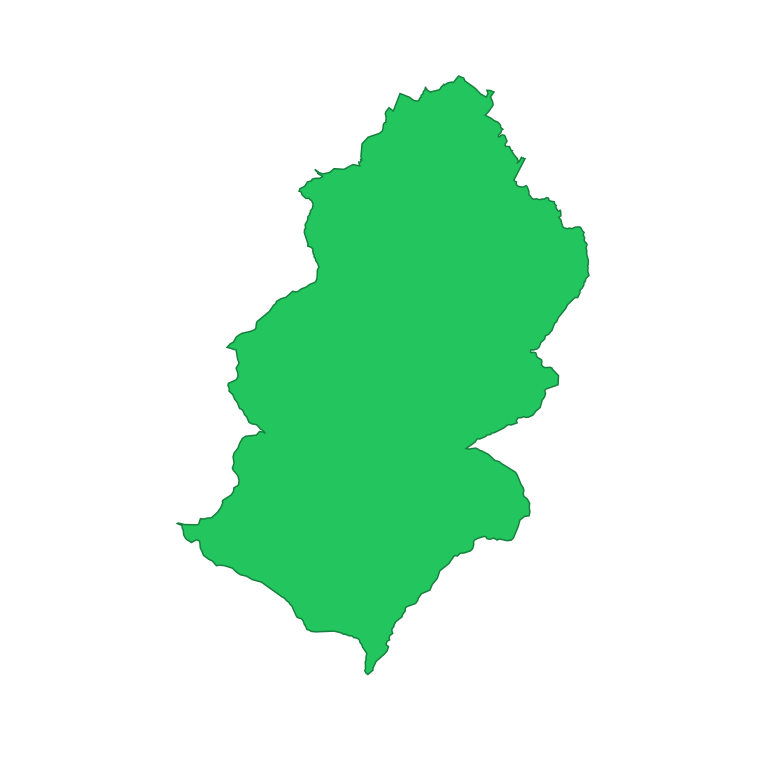 Margau, Cluj, Romania (Mercator projection), rotated 329°
{"feature_id": "2599482B38799369919058", "entity_name": "Margau", "entity_type": "district", "adm_level": 2, "iso_a3": "ROU", "parent_name": "Romania", "parent_adm1": "Cluj", "projection": "mercator", "projection_center": [22.901, 46.714], "detail": "fine", "context": "isolated", "style": "filled", "palette": "green", "viewbox_px": 768, "rotation_deg": 329, "n_neighbors": 0, "source": "geoboundaries", "source_scale": "gbopen_adm2", "svg_char_len": 6171}
<svg xmlns="http://www.w3.org/2000/svg" viewBox="0 0 768 768"><g transform="rotate(329 384 384)"><path d="M532.8,474.3L537.9,466.7L535.9,457.9L536.2,457.0L535.2,455.4L530.3,452.8L529.2,451.0L528.8,448.8L531.1,445.7L531.5,444.4L529.0,439.8L530.1,435.4L528.2,433.6L526.1,432.9L526.1,431.9L527.6,430.3L529.5,431.8L533.4,432.8L536.1,432.2L539.7,429.3L544.9,428.2L547.2,425.8L550.5,426.2L555.6,424.5L561.7,419.8L564.0,419.6L567.3,417.0L578.3,413.0L582.1,410.6L591.4,408.5L592.9,408.5L594.5,409.7L598.6,407.0L600.5,404.5L603.2,403.9L606.0,402.3L608.1,399.7L609.1,399.9L611.4,397.5L615.6,396.6L616.7,392.5L619.2,388.7L619.3,387.5L620.7,386.7L622.7,383.5L624.6,377.1L626.6,373.9L627.2,371.5L629.9,369.0L630.0,366.9L629.3,365.8L629.4,365.0L629.9,363.5L631.3,362.0L631.4,359.6L632.3,358.0L633.6,357.2L633.0,354.9L633.2,351.5L632.6,350.1L628.9,348.1L625.0,347.6L623.1,345.7L621.6,345.7L618.4,342.5L618.5,339.8L620.1,334.6L619.7,331.1L622.2,331.0L624.5,326.8L624.4,325.7L622.7,326.1L622.1,325.4L622.3,320.8L623.6,319.6L622.9,317.3L623.9,315.6L620.6,312.6L620.1,311.6L620.7,309.3L619.1,307.9L616.4,308.1L615.4,307.1L612.4,306.2L610.1,303.8L607.4,302.7L606.4,301.1L606.2,297.8L605.7,296.7L607.6,292.9L608.3,288.4L608.0,287.2L604.5,286.9L601.2,284.1L600.3,282.4L600.3,280.7L601.6,279.0L600.7,278.0L600.4,276.1L620.9,263.5L620.1,263.0L619.8,261.9L618.7,261.5L618.5,260.5L614.7,262.9L612.6,263.0L614.1,261.6L614.0,259.7L614.4,259.6L613.6,255.0L613.4,250.1L614.1,250.0L613.3,249.0L613.9,245.2L610.9,243.1L610.6,242.2L611.5,240.7L614.5,239.3L615.4,233.7L615.1,232.5L613.6,231.4L611.8,231.1L610.1,231.7L609.3,230.8L610.6,229.4L613.4,229.0L615.7,226.8L617.1,226.8L616.2,224.2L617.2,222.0L616.6,218.5L613.9,214.7L612.9,211.9L609.2,205.7L614.2,204.4L621.3,201.0L622.5,198.0L623.2,192.7L628.7,190.4L626.3,187.2L623.5,185.2L622.7,188.7L619.4,190.7L616.3,185.4L614.4,177.3L609.5,166.0L609.9,162.8L606.5,158.4L598.6,161.3L597.5,160.0L593.7,158.8L589.8,158.8L589.7,158.0L585.7,159.0L583.5,160.3L581.6,159.9L575.3,157.9L574.5,158.2L572.4,154.5L572.6,153.2L572.1,152.2L572.7,150.6L570.4,153.1L568.6,153.5L566.5,155.5L564.6,155.7L563.4,157.3L561.5,157.5L560.5,158.7L558.3,158.8L555.5,156.2L553.5,151.3L547.4,143.3L532.5,154.8L530.6,149.7L525.7,151.7L524.4,152.9L523.1,156.6L520.3,160.7L519.0,160.3L517.0,161.3L514.7,164.7L512.5,166.4L508.6,166.7L497.6,164.3L488.9,166.8L481.4,177.1L480.4,180.4L479.6,179.6L479.1,181.0L477.8,181.7L476.7,180.8L475.5,184.6L470.4,179.9L460.3,179.4L452.1,173.7L446.2,174.7L440.0,172.5L437.2,169.4L435.3,164.4L435.3,165.9L436.2,168.2L435.6,169.4L437.9,173.7L438.1,174.4L437.7,174.6L434.7,174.5L431.3,172.4L427.9,171.4L426.5,172.5L422.4,171.4L417.9,173.7L412.4,173.3L410.5,175.0L411.9,176.6L411.2,179.8L412.7,184.8L415.4,186.2L415.4,187.7L416.4,189.5L415.9,193.3L413.1,196.6L410.1,197.7L409.5,198.9L407.9,199.5L407.6,200.6L405.0,201.4L402.7,204.4L398.6,206.6L396.8,210.4L395.6,210.5L393.7,213.1L390.9,225.0L389.6,226.4L391.9,229.3L392.5,231.7L391.1,234.0L390.4,236.3L390.6,237.7L389.5,239.0L389.8,240.7L389.0,243.4L389.2,246.4L388.4,250.3L385.8,251.7L381.4,258.4L379.0,260.6L376.8,261.3L372.0,260.4L366.7,260.8L362.5,259.9L357.4,260.4L356.1,259.9L353.6,257.5L344.7,259.2L339.2,257.8L334.5,257.8L332.4,259.4L329.8,259.7L323.0,262.8L307.5,265.1L306.0,266.1L303.1,270.0L301.3,270.8L297.3,270.3L288.3,267.4L285.4,267.3L281.5,267.7L276.6,270.5L273.0,270.4L268.4,271.7L274.7,278.7L271.3,287.4L270.6,291.5L265.4,294.2L264.4,299.4L262.5,302.7L259.2,304.3L251.0,303.2L249.6,304.7L249.1,308.0L247.5,310.5L248.9,314.9L248.2,320.1L248.7,324.6L247.6,330.6L248.8,332.2L249.3,334.3L248.7,338.3L249.4,341.8L248.5,347.2L250.2,350.1L253.8,353.2L255.0,359.2L256.1,361.1L256.9,365.3L255.9,363.2L252.8,360.6L248.3,362.1L238.5,357.5L234.4,357.8L229.9,360.4L226.0,363.6L219.8,366.1L217.1,368.7L214.7,374.7L210.7,378.0L210.4,380.5L211.5,386.7L211.1,388.9L210.0,392.3L207.6,395.1L206.5,395.8L201.8,395.7L199.7,398.5L196.0,400.4L186.1,400.7L185.0,401.3L184.4,403.0L180.2,406.0L175.1,408.2L167.1,409.8L162.7,407.6L160.6,407.3L157.3,404.9L153.0,408.6L151.4,408.6L140.5,401.6L136.1,397.2L134.9,397.2L138.0,401.2L136.8,403.7L136.5,406.2L134.6,410.2L134.4,413.9L135.0,416.0L137.3,420.7L143.1,420.9L144.6,423.0L144.8,424.5L142.0,430.1L141.9,433.1L141.0,437.8L143.7,444.4L145.7,447.1L146.7,453.1L147.2,453.8L149.2,454.1L153.7,457.6L159.3,463.9L160.5,469.0L162.7,473.6L167.2,477.9L170.3,483.7L176.9,490.7L187.1,514.2L188.4,516.2L189.0,519.8L190.0,522.1L190.0,524.5L190.7,526.8L189.3,538.5L190.0,540.2L192.4,542.8L192.7,545.5L191.9,548.8L192.0,551.4L191.5,554.8L193.1,556.4L194.1,558.5L198.0,561.4L213.9,570.1L219.3,575.4L220.1,577.3L221.9,578.5L224.6,582.1L226.7,583.2L227.6,585.9L230.1,588.1L231.1,590.2L230.3,593.7L230.7,595.8L230.1,598.8L230.5,606.0L227.5,609.3L226.9,610.8L224.9,612.5L221.3,618.8L219.9,619.7L219.7,622.5L220.5,624.7L227.1,623.6L228.4,621.7L234.4,617.7L245.4,615.7L249.5,614.2L252.6,611.4L251.6,608.6L251.9,607.8L254.3,606.1L257.0,606.3L257.8,603.8L259.5,602.6L263.0,602.3L263.8,599.2L265.3,597.7L267.4,597.1L268.8,595.5L272.0,593.7L279.4,592.9L281.3,591.1L285.1,589.6L287.0,586.9L289.4,586.7L298.1,588.4L301.6,586.8L303.0,585.2L308.2,583.1L317.2,584.3L322.0,580.8L329.6,578.0L335.6,572.9L347.2,571.3L355.1,567.7L356.4,567.6L358.5,569.3L361.9,568.3L366.0,570.2L372.2,571.6L375.1,570.8L378.2,567.9L379.5,565.4L381.0,564.4L385.0,564.6L391.3,566.2L392.6,567.3L392.7,569.7L393.4,570.5L395.4,571.9L398.2,572.4L399.7,574.0L400.5,576.0L403.0,576.2L408.8,581.7L412.6,583.4L415.7,582.6L425.7,575.2L430.4,570.7L436.2,569.8L440.4,571.7L443.1,568.9L445.0,564.5L447.4,561.2L447.6,556.4L446.2,552.8L446.1,551.6L446.9,549.8L449.1,547.2L449.9,544.7L449.7,540.8L451.3,530.9L451.3,527.4L443.5,512.3L442.9,510.1L439.7,506.6L437.3,498.2L433.5,492.0L431.8,490.1L430.4,487.0L429.1,485.9L423.3,483.5L421.1,481.6L431.9,480.7L435.8,479.0L437.6,480.4L444.1,481.3L445.7,480.8L449.3,482.1L451.7,481.7L453.7,482.6L464.1,483.4L469.5,482.7L471.8,484.6L478.1,485.9L478.6,483.5L481.4,482.0L484.4,483.6L487.4,484.1L487.9,485.3L490.3,486.7L495.6,487.4L500.1,485.5L505.7,484.6L511.2,479.4L515.2,477.7L517.8,475.0L518.1,472.5L518.6,472.3L520.4,471.8L532.8,474.3Z" fill="#22c55e" stroke="#15803d" stroke-width="1.5"/></g></svg>